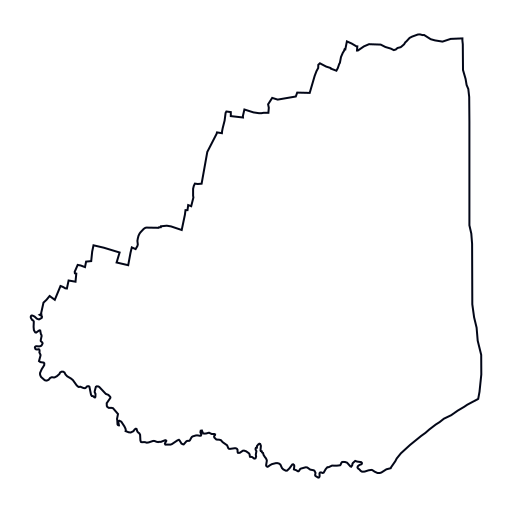 the district of Palmar De Varela, Atlántico, Colombia
{"feature_id": "7082276B56269884010814", "entity_name": "Palmar De Varela", "entity_type": "district", "adm_level": 2, "iso_a3": "COL", "parent_name": "Colombia", "parent_adm1": "Atlántico", "projection": "robinson", "projection_center": [-74.784, 10.7], "detail": "fine", "context": "isolated", "style": "outline", "palette": "ink", "viewbox_px": 512, "rotation_deg": 0, "n_neighbors": 0, "source": "geoboundaries", "source_scale": "gbopen_adm2", "svg_char_len": 5941}
<svg xmlns="http://www.w3.org/2000/svg" viewBox="0 0 512 512"><path d="M462.4,38.4L450.7,38.9L442.5,41.6L435.0,40.4L430.7,39.2L424.1,35.0L422.6,35.1L420.0,34.4L417.9,34.5L412.1,36.6L409.6,37.9L406.3,41.5L405.3,42.3L404.1,44.3L401.2,46.8L400.6,47.2L397.5,48.0L395.8,49.5L393.8,50.1L390.8,48.6L385.4,47.0L380.7,44.6L369.0,44.2L363.9,46.4L358.8,49.9L357.9,50.5L357.0,50.5L357.3,46.4L356.5,46.4L351.6,43.5L346.9,41.4L345.3,49.4L344.6,49.2L343.9,51.1L342.8,52.8L341.0,57.0L339.9,62.8L339.2,64.0L337.8,68.1L336.4,70.7L330.8,68.6L330.6,68.0L326.2,66.6L319.9,63.3L318.3,64.8L318.2,68.0L316.5,71.1L314.7,75.8L309.7,92.9L297.2,92.6L295.8,96.5L277.7,99.6L272.2,97.9L268.1,104.3L268.8,107.7L268.4,112.8L263.6,112.8L261.4,113.2L259.0,113.2L253.5,112.4L244.4,109.5L242.9,116.0L243.0,117.5L230.8,116.1L230.8,112.1L226.4,111.5L225.6,112.9L224.6,120.6L222.7,128.1L222.1,131.1L221.9,133.2L217.0,132.4L216.6,133.8L207.3,151.9L201.6,183.7L197.7,184.0L194.9,183.6L193.8,185.9L193.1,188.8L193.1,195.7L193.4,197.5L191.2,206.2L188.2,205.1L187.5,210.1L185.5,210.1L184.9,214.8L181.7,230.0L171.0,226.4L166.8,225.7L160.9,226.3L160.8,227.2L158.9,227.3L158.6,227.8L146.3,227.6L145.2,227.9L143.7,228.9L140.5,232.3L139.6,233.5L138.5,235.8L137.8,238.5L137.4,240.9L137.8,244.5L137.4,246.0L135.6,249.1L131.8,247.4L130.5,252.8L128.2,265.2L116.6,262.5L119.6,252.5L103.8,247.7L93.5,245.3L92.2,251.5L91.2,261.1L86.1,261.6L85.0,267.1L80.7,265.5L77.7,264.9L74.7,271.8L74.9,273.3L76.3,273.6L75.5,281.7L68.6,280.5L66.9,288.5L65.2,288.3L63.3,287.1L60.5,286.0L54.8,299.8L49.6,296.0L46.5,299.8L43.5,302.6L41.0,313.8L41.2,314.0L39.7,314.8L41.8,316.1L42.0,316.9L41.7,317.9L39.3,319.3L38.5,319.3L36.9,318.7L34.6,316.6L33.7,316.1L32.2,315.5L31.5,315.5L31.0,316.0L30.7,317.0L31.0,318.1L32.1,319.9L33.3,320.6L33.8,321.6L33.6,326.9L33.9,330.1L34.9,331.9L35.3,332.4L36.1,332.6L38.8,330.7L39.6,330.3L40.2,330.5L40.9,334.1L41.5,335.1L41.6,336.1L40.7,340.3L40.8,341.1L42.2,342.4L42.6,343.2L42.1,344.6L41.3,345.7L40.6,346.1L39.1,346.4L36.4,346.2L35.6,346.4L35.0,347.0L34.9,347.7L35.5,349.1L36.2,349.4L37.2,349.5L38.8,349.2L39.4,349.8L39.6,350.9L39.4,352.5L40.5,354.8L40.5,355.6L39.0,361.1L40.4,362.1L43.7,362.6L44.3,363.3L44.2,365.2L41.7,369.2L40.1,372.8L40.0,374.0L40.3,375.4L41.1,377.0L44.7,380.2L46.2,380.6L47.0,380.5L48.6,379.8L50.2,377.9L51.1,377.5L51.9,377.2L54.0,377.5L54.8,377.3L56.9,376.2L59.4,374.0L60.1,372.5L61.5,371.7L63.2,371.7L64.5,372.5L65.5,374.5L67.2,376.3L71.1,378.6L72.9,380.1L76.7,385.4L78.3,386.8L78.8,387.0L80.3,386.7L83.4,388.0L84.8,388.2L85.5,388.0L87.2,386.3L88.7,386.2L89.4,386.7L91.0,394.6L91.4,395.4L91.8,396.0L92.9,396.1L94.5,397.4L95.1,397.4L95.4,396.8L95.5,393.9L94.7,392.2L94.7,391.3L95.7,387.4L95.9,386.8L96.8,386.3L98.5,386.5L99.3,387.0L105.8,393.9L108.4,394.9L110.2,396.8L110.4,397.4L110.3,398.0L106.7,403.2L106.8,405.9L107.3,406.9L108.8,407.9L111.7,407.9L113.0,408.2L118.0,414.0L117.0,419.0L117.3,420.4L117.5,424.3L117.8,424.9L118.4,425.3L118.9,425.3L118.3,422.0L118.6,421.0L119.3,420.7L121.3,421.7L124.4,426.4L125.5,428.7L125.8,430.3L125.6,431.1L128.7,432.3L130.7,432.5L133.4,431.2L134.7,429.4L135.8,428.7L136.5,428.9L137.4,431.6L138.4,432.7L139.3,433.3L140.1,434.8L140.4,440.4L140.9,441.9L141.8,442.2L144.8,442.1L146.8,442.7L148.7,442.4L152.9,441.0L153.7,440.9L154.6,441.0L156.6,441.8L158.2,442.1L158.8,441.9L160.8,441.9L164.9,440.3L165.7,440.2L166.3,440.9L164.9,443.4L165.0,444.0L165.4,444.6L170.5,444.6L171.9,444.1L177.4,440.4L178.9,439.8L179.6,440.5L181.5,443.6L183.2,444.4L183.7,444.4L186.4,441.3L187.2,440.9L189.3,440.8L189.9,440.3L191.2,437.9L191.8,437.0L192.7,436.4L196.1,435.4L197.7,435.4L200.0,435.8L200.9,435.6L201.3,434.6L200.4,432.2L200.7,430.7L201.9,430.5L202.7,432.6L203.2,433.4L204.1,433.6L206.1,433.5L209.0,432.7L211.7,434.0L214.3,434.0L215.1,434.4L215.0,435.1L214.3,435.8L214.1,436.5L214.3,437.5L214.9,438.1L216.2,439.4L216.9,439.6L219.1,439.7L220.8,440.1L222.7,442.2L227.1,445.3L228.3,448.2L228.8,448.7L229.9,448.9L234.9,448.2L235.9,448.3L236.9,448.8L237.5,449.7L237.6,452.1L237.9,452.8L238.6,452.9L239.8,452.8L242.9,450.7L244.0,450.6L246.1,451.3L248.8,453.2L249.3,453.8L249.7,454.8L249.7,455.8L250.1,456.9L251.6,456.9L252.4,457.2L254.0,458.5L254.7,458.6L255.5,458.3L256.1,456.6L255.8,454.7L256.4,451.1L255.6,449.6L255.6,448.5L255.9,447.8L256.9,447.7L257.0,446.0L258.3,444.4L259.3,443.7L260.2,444.0L260.9,445.9L260.5,450.3L260.8,451.1L261.7,451.2L262.1,452.5L263.0,452.9L263.6,455.0L265.0,457.2L266.0,458.4L266.8,460.3L266.8,460.9L266.1,465.2L266.4,466.1L267.0,466.6L267.6,466.8L268.2,466.5L270.3,465.0L272.0,464.1L276.0,463.1L277.4,463.1L279.1,463.6L280.4,464.6L282.0,468.1L283.3,469.4L285.8,470.7L286.5,470.7L287.1,470.6L289.4,468.4L292.3,464.5L293.2,464.3L294.1,465.1L294.3,466.0L293.9,469.4L296.4,470.3L297.7,471.2L298.4,471.3L298.9,471.0L300.2,469.0L300.9,468.6L305.6,467.3L307.0,467.4L307.7,467.8L310.2,469.6L313.8,470.3L314.6,471.0L315.5,472.9L315.1,475.1L315.5,476.0L318.2,477.6L318.9,477.5L319.5,476.7L319.6,475.7L319.5,473.3L320.1,472.5L321.0,472.4L322.7,473.0L323.7,472.6L325.7,469.1L327.4,467.2L328.6,467.2L332.0,465.6L336.6,465.7L340.0,465.3L340.6,464.7L341.3,463.0L342.0,462.1L343.0,461.9L345.1,462.0L347.1,462.7L350.4,466.4L351.2,466.7L352.2,465.3L352.5,463.6L353.0,462.9L355.2,460.9L357.2,461.6L361.1,462.1L361.8,462.7L361.9,463.7L361.3,464.3L359.6,464.9L358.2,465.9L357.7,466.5L357.5,467.6L358.1,468.5L359.4,469.4L360.7,470.9L362.1,471.7L364.6,471.6L368.6,470.3L371.4,469.9L372.3,470.1L374.7,471.7L377.5,473.0L379.8,473.0L381.4,472.5L386.4,469.3L390.7,468.2L391.2,467.1L395.3,461.2L396.7,458.5L400.9,453.3L410.1,444.9L421.2,435.9L425.4,432.9L429.4,429.4L435.8,424.5L439.6,422.1L443.9,418.7L451.2,415.2L457.6,410.7L464.2,406.8L467.3,404.7L478.2,398.9L479.5,391.8L481.3,374.5L481.2,354.9L477.7,340.7L476.6,327.7L474.1,317.3L472.3,304.3L472.1,243.9L471.3,233.6L469.4,225.3L469.4,121.6L469.2,97.0L468.3,89.0L466.6,85.0L465.6,79.0L463.0,70.0L462.8,44.3L462.4,40.6L462.4,38.4Z" fill="none" stroke="#020617" stroke-width="2"/></svg>